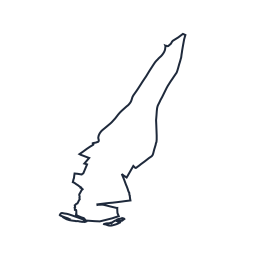 the district of Basatin, Al Qahirah, Egypt, rotated 294°
{"feature_id": "37247803B92056872151518", "entity_name": "Basatin", "entity_type": "district", "adm_level": 2, "iso_a3": "EGY", "parent_name": "Egypt", "parent_adm1": "Al Qahirah", "projection": "natural_earth1", "projection_center": [31.251, 29.98], "detail": "fine", "context": "isolated", "style": "outline", "palette": "slate", "viewbox_px": 256, "rotation_deg": 294, "n_neighbors": 0, "source": "geoboundaries", "source_scale": "gbopen_adm2", "svg_char_len": 5238}
<svg xmlns="http://www.w3.org/2000/svg" viewBox="0 0 256 256"><g transform="rotate(294 128 128)"><path d="M64.7,97.7L62.9,98.2L60.6,98.9L60.2,99.0L58.8,99.1L57.9,99.3L56.1,99.6L56.1,101.3L56.0,101.8L55.6,103.6L55.3,105.8L55.0,106.8L54.6,109.2L54.2,109.1L54.2,109.4L53.9,110.0L53.7,111.4L53.6,111.5L52.9,111.1L52.3,110.9L52.1,110.9L51.4,110.8L51.1,110.8L49.4,110.7L48.1,110.5L47.1,110.6L46.8,110.8L46.0,111.5L45.5,111.8L45.3,111.9L44.4,112.0L44.0,112.3L43.4,112.8L43.2,112.9L42.4,112.7L42.0,112.6L40.4,112.6L39.3,112.5L38.6,112.5L37.8,111.8L37.4,111.5L36.4,111.2L35.7,110.8L34.2,111.9L33.6,111.6L32.6,112.3L31.6,112.8L32.0,113.8L31.7,114.2L29.8,115.2L28.6,115.5L28.5,115.9L27.8,116.3L27.2,115.1L27.3,117.6L27.4,122.0L27.7,124.2L26.8,126.2L26.2,126.8L29.2,135.1L31.2,140.2L34.6,144.6L39.0,150.2L43.7,155.4L45.3,153.7L46.1,152.9L46.5,152.7L48.4,151.7L50.3,150.8L50.6,150.7L50.4,150.3L50.3,150.0L49.1,143.6L48.9,142.5L48.7,141.3L48.4,139.5L48.2,138.6L48.0,137.3L47.6,135.9L47.2,135.0L46.7,134.0L46.2,132.9L45.8,132.1L45.3,131.4L45.8,131.1L47.6,134.1L50.3,138.6L51.7,141.0L53.5,144.3L56.0,148.5L58.3,152.3L59.8,154.7L62.8,159.7L64.7,158.4L66.6,157.3L66.9,157.2L67.2,156.8L67.5,156.5L68.7,155.8L69.4,155.4L70.0,154.5L70.6,153.9L72.4,152.3L74.6,150.1L75.2,149.4L79.1,145.6L81.8,142.8L82.9,141.6L83.2,141.8L82.8,143.3L82.2,146.9L83.8,147.1L95.5,148.3L94.6,150.7L94.6,150.9L94.6,151.2L94.7,151.4L94.9,151.6L98.4,153.6L100.2,154.5L104.0,156.7L105.7,157.6L109.1,159.4L111.0,160.6L111.3,160.8L112.1,161.2L112.6,161.3L113.0,161.4L113.7,161.5L115.4,161.3L118.9,160.7L123.8,160.1L125.5,159.7L126.7,159.7L129.1,158.9L132.7,157.3L141.9,152.8L146.5,150.5L150.8,149.0L155.2,147.4L157.7,146.6L159.0,146.3L160.6,146.1L165.2,146.3L166.7,146.3L170.2,146.6L180.2,147.0L182.6,147.2L188.0,148.0L190.6,148.5L193.5,149.0L196.8,149.6L197.8,149.8L198.4,149.9L200.0,149.8L201.0,149.7L203.3,149.4L207.2,148.8L209.0,148.6L210.5,148.4L212.4,148.1L214.0,147.9L217.0,147.0L218.9,146.5L221.0,145.9L224.1,145.1L231.9,143.2L234.0,142.9L235.7,142.7L236.3,142.6L236.3,139.9L231.1,137.0L229.8,136.1L225.8,133.4L224.6,133.1L222.4,132.9L219.2,131.4L219.0,131.1L218.7,130.5L218.7,129.7L218.6,129.4L218.4,129.0L218.4,128.6L218.1,128.9L216.6,129.4L215.2,129.8L214.4,130.0L212.5,130.1L210.7,129.9L209.2,129.6L207.4,129.1L204.2,127.7L202.3,127.1L201.4,126.7L199.1,126.0L196.3,125.5L189.3,124.4L182.3,123.5L180.7,123.2L179.6,123.0L176.1,122.4L171.4,121.7L167.6,121.1L164.8,120.6L161.9,120.0L159.9,119.6L159.6,119.6L158.4,119.5L157.8,119.5L156.3,119.7L154.3,119.9L153.5,119.9L152.3,119.8L151.4,119.6L149.9,119.2L148.8,118.8L147.1,117.9L141.3,115.3L139.0,114.4L136.4,113.6L131.5,112.4L129.1,111.6L126.7,110.8L125.5,110.3L124.6,109.9L115.7,105.5L114.5,105.0L113.5,104.7L112.5,104.5L111.4,104.3L109.7,104.3L109.1,104.3L108.7,104.4L107.7,104.6L107.4,104.7L107.0,104.8L106.5,105.1L105.6,105.8L105.2,106.1L104.8,106.3L104.4,106.5L104.1,106.5L103.9,106.5L103.5,106.4L103.2,106.3L102.9,106.0L102.6,105.7L102.2,105.1L101.8,104.8L101.7,104.7L100.0,102.2L99.7,102.0L99.3,102.4L99.1,102.9L99.0,103.0L98.8,103.1L98.3,102.9L95.3,100.8L92.1,98.8L87.7,96.3L84.4,94.3L84.3,95.9L84.4,97.3L84.7,103.0L84.8,104.7L77.8,102.6L77.9,103.2L78.1,105.4L69.6,105.6L68.9,105.6L68.5,105.6L67.9,105.3L67.4,104.9L67.0,104.7L66.7,104.6L66.6,104.3L66.0,101.9L65.6,100.4L64.7,97.7ZM20.6,104.7L20.7,106.7L21.0,109.6L21.0,110.0L21.0,110.4L20.9,110.7L20.9,110.8L20.8,110.7L20.7,110.4L20.5,108.8L20.3,105.1L20.3,104.8L20.2,104.7L20.1,104.9L20.0,105.4L19.8,107.6L19.7,108.7L19.7,109.2L19.8,110.0L19.9,110.9L20.0,111.9L20.3,113.1L20.6,114.3L21.2,116.3L21.6,117.5L21.7,118.3L22.1,119.1L22.5,119.9L22.6,120.3L22.8,121.0L22.9,121.7L22.9,121.9L23.3,123.0L23.5,123.9L23.8,124.7L24.4,126.0L24.5,126.7L24.6,126.8L24.8,127.0L24.8,126.9L25.1,126.5L25.6,125.8L25.8,125.3L26.0,125.1L26.1,124.8L26.2,124.4L26.2,123.9L26.2,123.5L25.8,117.7L25.6,115.3L25.4,112.6L25.2,110.6L25.1,109.4L24.9,108.0L24.7,106.9L24.2,105.2L24.0,104.5L23.6,102.7L23.5,102.3L23.2,101.9L23.1,101.7L22.6,101.4L21.9,101.2L20.9,101.1L20.7,101.1L20.6,101.3L20.5,101.9L20.6,104.7ZM31.1,148.3L30.9,148.4L30.9,148.6L31.0,149.2L31.1,150.0L31.3,150.7L31.6,151.5L31.9,152.1L32.3,152.8L32.7,153.3L33.5,154.3L34.5,155.5L35.2,156.3L36.2,157.3L37.0,158.0L37.9,158.6L38.5,159.2L38.8,159.2L39.1,159.1L39.1,158.6L39.1,158.4L38.9,158.1L38.8,157.6L38.6,157.0L38.6,156.8L38.6,156.4L38.6,156.1L38.4,156.1L38.4,155.6L38.4,155.4L38.5,155.1L38.5,154.9L38.4,154.3L38.2,154.0L38.0,153.8L36.8,152.9L36.1,152.5L35.2,151.8L35.1,151.7L34.9,151.8L34.8,151.6L34.7,151.5L34.4,151.4L34.5,151.2L34.4,150.9L34.2,151.0L34.2,150.8L34.1,150.7L33.5,149.8L33.1,149.4L33.1,149.2L33.0,148.9L32.8,148.5L32.4,147.7L32.0,147.0L31.7,146.6L31.1,145.9L30.6,145.2L30.4,145.2L30.4,145.3L30.5,145.7L30.6,146.0L30.7,146.4L31.0,148.0L31.1,148.3ZM39.5,155.6L39.4,155.6L39.3,155.8L39.5,155.9L39.6,156.4L39.7,156.5L39.7,156.8L39.6,157.6L39.8,158.0L40.0,158.7L40.8,160.2L40.9,160.3L42.8,161.3L43.4,161.7L43.5,161.6L43.6,161.0L43.5,160.5L43.5,160.1L43.3,159.5L43.3,159.4L43.2,159.4L42.9,159.6L42.8,159.3L42.7,159.2L42.7,158.9L42.6,158.6L42.2,158.2L41.9,157.6L41.6,157.2L41.4,156.9L41.1,156.5L40.9,156.3L40.7,156.2L40.5,155.8L40.3,155.6L39.9,155.2L39.7,155.1L39.5,155.6Z" fill="none" stroke="#1e293b" stroke-width="2"/></g></svg>